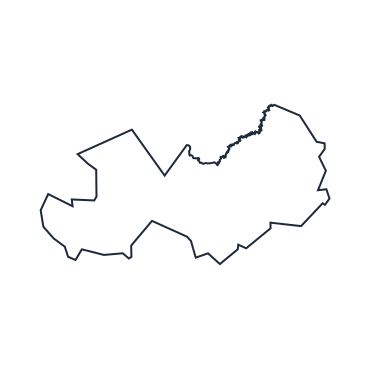 outline of Akobo, Jonglei, South Sudan, rotated 306°
{"feature_id": "79223893B55602707979350", "entity_name": "Akobo", "entity_type": "district", "adm_level": 2, "iso_a3": "SSD", "parent_name": "South Sudan", "parent_adm1": "Jonglei", "projection": "orthographic", "projection_center": [33.191, 7.816], "detail": "fine", "context": "isolated", "style": "outline", "palette": "slate", "viewbox_px": 384, "rotation_deg": 306, "n_neighbors": 0, "source": "geoboundaries", "source_scale": "gbopen_adm2", "svg_char_len": 6044}
<svg xmlns="http://www.w3.org/2000/svg" viewBox="0 0 384 384"><g transform="rotate(306 192 192)"><path d="M259.8,307.1L267.5,307.1L273.2,299.1L267.5,292.9L287.9,287.8L295.2,274.1L304.8,274.1L309.3,270.7L305.9,263.3L317.2,234.2L310.7,206.5L310.7,206.9L310.1,206.8L309.5,206.9L309.1,206.7L309.0,206.3L309.3,206.0L309.0,205.6L308.5,205.8L308.4,205.5L308.8,205.0L308.4,204.9L308.3,204.6L308.1,204.4L307.9,204.5L307.5,204.7L307.1,204.6L306.7,204.3L306.7,203.9L306.3,204.0L306.1,204.4L305.6,204.3L305.6,203.9L305.1,203.7L304.9,204.1L305.1,204.7L304.8,205.0L304.3,205.2L304.0,204.9L303.7,204.9L303.8,206.0L303.6,206.4L303.0,206.2L302.7,205.7L302.6,205.3L302.6,204.9L302.2,204.4L301.8,204.1L301.4,204.3L300.9,204.6L300.6,204.4L300.3,204.0L300.0,203.5L299.9,203.1L299.5,203.3L298.3,202.9L298.3,203.4L298.8,203.8L298.7,204.2L298.2,204.5L297.9,205.3L297.4,205.3L297.4,206.0L297.4,206.4L296.7,206.5L296.5,206.1L295.1,206.4L294.3,206.1L294.0,206.4L294.3,206.9L294.3,207.4L293.8,207.7L293.4,207.8L293.1,207.5L292.7,207.5L292.5,207.9L292.2,207.5L291.9,207.2L291.9,206.1L291.5,206.0L290.9,206.2L290.8,206.6L290.5,206.6L290.5,206.0L290.3,205.5L289.9,205.8L290.1,206.4L290.1,206.8L289.4,207.4L288.8,207.8L287.8,207.5L287.3,207.6L287.4,208.2L286.9,208.5L287.3,208.9L287.1,209.2L286.9,209.6L286.8,209.8L286.3,209.6L286.0,209.6L285.9,209.5L285.9,209.1L286.0,208.8L285.2,208.7L285.0,208.2L284.5,208.2L284.4,208.1L284.6,208.0L284.6,207.8L284.4,207.8L284.2,208.4L284.1,208.8L284.0,209.2L283.8,209.5L283.7,210.0L283.4,210.0L283.7,210.3L283.9,210.3L284.2,210.4L284.0,210.6L283.4,210.5L283.0,210.4L282.7,210.2L282.4,210.1L282.4,210.4L282.6,210.7L283.0,211.0L283.2,211.3L282.9,211.7L282.7,212.0L282.4,211.9L282.3,211.6L282.5,211.2L282.1,211.0L281.9,210.7L281.7,210.6L281.3,211.1L280.9,211.2L280.7,211.1L280.7,210.9L280.6,211.0L280.7,211.3L280.5,211.6L280.3,211.6L280.2,211.3L279.9,211.1L279.5,211.1L279.4,211.5L279.7,211.9L279.5,212.0L279.1,211.8L278.8,211.7L278.6,211.6L278.8,211.3L279.1,210.9L279.1,210.7L279.0,210.3L278.7,209.9L278.9,209.7L278.6,209.2L278.2,209.1L278.1,208.8L278.3,208.4L278.4,207.7L278.0,207.6L277.8,207.9L277.7,208.1L277.8,208.6L276.8,208.6L276.5,208.0L276.2,208.1L276.2,208.7L275.9,208.8L275.8,208.1L276.0,207.8L276.1,207.4L276.0,207.2L275.8,206.9L275.6,207.0L275.4,207.2L275.6,206.6L275.8,206.3L275.8,206.0L275.7,205.8L275.8,205.6L275.6,205.4L274.5,205.8L274.5,206.3L274.8,206.6L275.0,206.7L275.1,206.8L274.9,207.0L274.5,207.1L274.3,207.0L273.7,206.1L273.7,205.8L274.1,205.5L274.3,205.2L274.6,205.0L274.7,204.8L274.7,204.5L274.5,204.4L274.0,204.4L273.5,204.7L273.1,205.0L272.7,205.2L272.6,205.6L272.4,205.7L272.2,205.4L272.2,205.1L271.7,205.1L271.7,204.8L271.7,204.6L272.4,204.6L272.6,204.3L272.2,203.8L271.8,203.6L271.7,203.8L271.5,204.3L271.0,204.6L270.7,204.4L270.7,204.0L270.9,203.5L270.9,203.2L270.4,203.1L269.7,203.8L269.2,203.8L269.5,203.5L269.3,202.9L269.3,202.4L269.0,202.4L268.8,202.8L268.5,202.7L268.6,202.2L268.0,202.2L267.7,202.0L267.5,201.6L267.3,201.5L267.2,202.3L266.9,202.1L266.4,201.5L266.6,201.2L267.0,201.1L267.0,200.8L266.7,200.5L265.9,200.1L265.9,199.9L265.5,200.2L265.4,199.9L265.6,199.6L266.1,199.2L265.4,198.8L264.9,198.8L264.8,199.0L264.9,199.4L264.7,199.4L264.3,199.3L264.0,198.5L263.4,198.5L263.1,198.1L262.9,198.5L263.1,198.9L263.0,199.4L262.1,199.1L262.0,199.4L262.1,199.9L261.6,199.9L261.4,200.0L261.5,200.3L261.6,200.9L261.1,200.8L260.8,200.5L260.4,200.1L260.0,200.0L259.8,199.7L259.3,199.6L259.1,200.0L258.7,200.2L258.5,199.7L258.7,199.4L259.1,199.3L259.0,199.0L258.4,198.9L258.1,199.2L258.1,199.6L257.8,199.8L257.6,199.5L257.6,199.1L257.5,198.5L256.9,198.0L256.3,198.0L255.5,197.8L255.0,198.0L254.6,198.1L254.4,197.8L254.5,197.0L254.1,196.8L253.7,196.6L253.4,197.1L253.0,197.1L252.6,196.7L252.5,196.3L252.6,195.9L253.0,195.5L252.7,195.3L252.3,195.4L252.0,195.9L251.9,196.6L251.7,196.7L251.3,196.1L251.3,195.8L251.8,195.5L251.8,195.3L251.4,195.2L250.9,195.2L250.3,194.9L249.8,194.5L249.6,194.8L249.6,195.4L249.2,196.0L249.0,196.8L248.5,197.1L248.0,196.9L247.9,196.7L247.6,196.8L247.1,196.9L246.9,197.2L246.3,196.8L245.9,197.0L245.8,197.5L245.6,197.6L245.3,196.9L245.0,196.8L244.0,197.5L243.7,197.4L243.9,197.1L243.5,196.9L243.0,197.0L242.5,197.3L241.7,197.4L241.4,197.7L241.2,198.0L240.8,197.9L240.4,198.2L240.2,198.6L239.6,198.6L238.7,198.0L239.5,197.5L239.6,197.0L239.8,196.3L239.6,196.0L239.3,196.2L238.9,196.3L238.3,196.3L237.7,195.5L237.6,195.2L237.6,194.7L237.3,194.5L236.9,194.7L236.4,195.5L236.1,195.7L235.7,195.8L235.3,195.8L234.7,195.5L234.3,195.6L234.1,195.9L233.4,196.0L233.5,196.3L233.1,196.5L232.5,196.3L232.4,196.6L231.9,196.7L231.6,196.4L231.5,196.0L231.4,195.6L231.1,195.6L230.6,196.3L230.6,196.7L230.4,196.7L230.1,196.6L229.9,196.5L229.4,196.5L229.1,196.8L228.8,196.8L228.7,196.0L228.8,195.8L229.0,195.8L229.3,195.5L229.4,195.2L229.2,194.8L229.2,194.2L229.2,193.0L229.0,192.5L227.8,191.6L227.5,191.2L227.1,191.0L226.1,189.9L225.6,189.6L225.0,188.5L224.3,187.8L223.8,186.8L223.6,186.2L223.3,186.0L222.8,185.5L221.6,184.7L221.3,184.3L221.2,183.9L221.2,182.4L221.0,182.0L220.6,181.7L220.3,181.3L220.6,180.7L220.8,180.2L221.1,179.8L221.2,178.3L221.5,178.1L221.8,178.1L222.4,178.4L222.9,178.4L223.2,178.2L223.3,177.9L223.3,177.5L223.1,177.0L221.8,176.0L221.3,174.6L220.6,174.1L220.3,173.6L220.3,173.1L220.5,172.6L221.0,171.7L221.4,171.4L221.4,170.2L221.2,169.5L221.0,169.1L220.6,168.9L220.3,168.8L220.8,167.6L221.2,167.5L221.8,167.2L222.2,166.8L222.5,166.5L222.6,166.1L223.0,165.8L223.7,165.7L225.1,165.5L225.7,165.2L226.3,164.8L226.6,164.4L226.9,164.4L227.4,163.9L227.7,163.1L227.7,162.3L227.7,161.7L227.1,160.7L226.8,160.2L189.2,160.2L207.1,106.7L155.4,77.2L153.7,91.2L153.7,101.4L132.2,117.4L127.7,117.9L115.3,99.1L110.3,103.7L105.8,76.9L88.3,80.3L76.5,92.2L73.1,107.6L73.0,121.2L66.8,129.8L68.5,137.7L80.9,136.6L89.3,157.7L101.7,172.0L101.1,180.0L103.9,181.1L112.9,174.3L145.1,176.6L152.9,214.2L151.8,219.9L141.1,233.6L151.8,241.0L150.1,256.9L172.6,262.7L176.6,260.4L178.3,268.9L208.8,276.9L213.3,273.5L228.5,300.3L259.6,304.3L259.8,307.1Z" fill="none" stroke="#1e293b" stroke-width="2"/></g></svg>